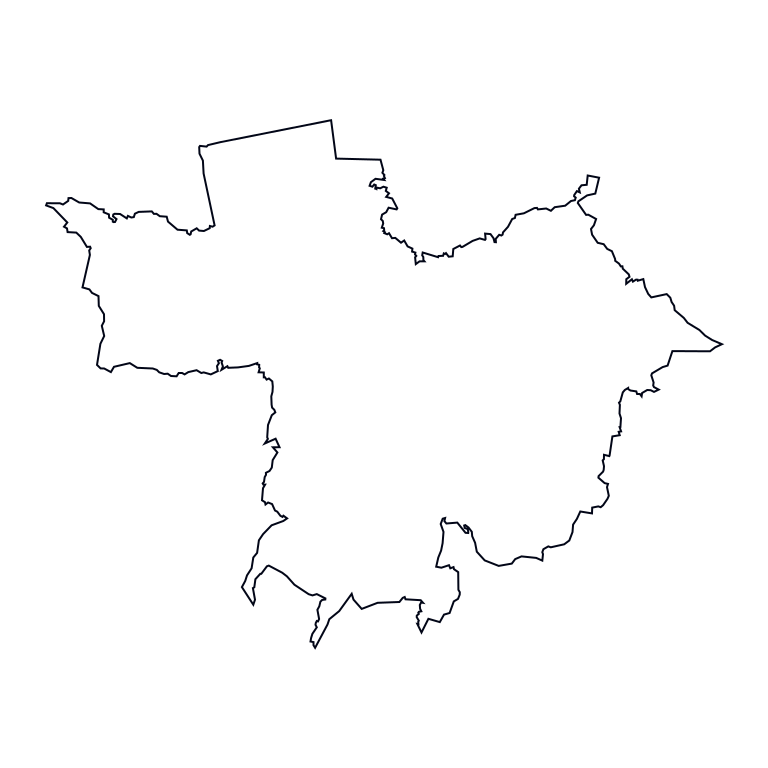 Beica De Jos, Mures, Romania
{"feature_id": "2599482B29333301667033", "entity_name": "Beica De Jos", "entity_type": "district", "adm_level": 2, "iso_a3": "ROU", "parent_name": "Romania", "parent_adm1": "Mures", "projection": "mercator", "projection_center": [24.821, 46.717], "detail": "fine", "context": "isolated", "style": "outline", "palette": "ink", "viewbox_px": 768, "rotation_deg": 0, "n_neighbors": 0, "source": "geoboundaries", "source_scale": "gbopen_adm2", "svg_char_len": 6099}
<svg xmlns="http://www.w3.org/2000/svg" viewBox="0 0 768 768"><path d="M417.3,623.9L421.5,632.5L428.4,618.8L439.8,622.1L444.0,614.6L449.6,613.0L453.8,601.4L458.0,598.9L459.7,594.7L459.8,592.2L458.4,589.8L458.2,572.1L454.0,569.2L453.5,567.1L450.3,568.3L449.0,565.2L441.4,567.7L436.2,566.7L438.3,557.5L441.1,550.6L442.6,543.2L443.5,531.9L440.7,524.0L442.7,518.7L445.1,518.0L444.4,521.1L446.4,523.5L457.3,522.6L465.5,532.8L468.2,533.0L468.3,532.0L467.7,529.1L464.7,527.9L464.2,525.5L465.3,525.1L468.5,527.5L471.8,531.8L472.2,536.2L475.1,542.8L476.8,551.7L484.7,560.4L498.7,565.9L511.8,563.6L515.2,559.1L521.5,556.4L536.2,557.9L542.3,560.6L543.0,554.1L542.3,552.2L543.4,549.2L548.3,546.4L550.8,547.3L564.2,544.3L569.3,540.5L572.5,532.1L573.1,524.6L576.9,518.9L580.3,511.5L592.0,513.4L592.2,507.6L598.3,506.4L600.7,507.2L603.1,505.2L607.5,498.8L608.8,495.8L607.0,487.1L608.0,483.9L604.6,483.1L598.4,477.7L598.6,476.1L603.1,471.6L603.7,469.8L604.0,466.2L602.7,460.4L603.9,459.2L604.0,454.8L609.3,456.1L609.6,455.4L612.4,436.4L619.7,435.2L618.7,431.8L621.1,431.4L619.6,427.1L620.4,427.0L621.0,418.2L619.5,413.5L619.9,404.8L619.0,402.7L620.3,401.4L622.8,392.4L624.8,390.0L628.1,388.0L628.1,389.0L630.4,390.5L636.3,391.4L637.1,394.0L639.9,394.0L641.6,396.3L642.1,393.0L647.2,390.0L650.7,390.2L654.0,391.9L658.7,389.6L654.0,387.1L653.2,385.5L653.6,382.5L651.3,375.3L652.0,373.4L662.6,367.1L667.6,365.6L672.4,351.1L710.0,351.3L715.1,347.4L721.9,344.2L712.1,340.0L705.1,335.6L699.4,330.0L687.6,322.8L683.8,317.9L674.7,310.2L674.1,305.7L671.6,302.0L670.3,297.7L666.7,294.1L651.3,297.4L648.2,293.9L645.0,287.1L643.3,279.1L637.8,280.7L637.6,279.7L636.1,279.6L632.9,281.6L631.9,279.3L626.2,283.8L626.3,279.2L629.5,276.8L628.8,274.4L622.8,268.7L622.4,266.3L620.8,266.4L619.0,263.6L615.2,260.8L615.1,259.0L611.9,251.2L607.2,248.9L603.7,244.2L597.7,242.8L592.1,234.7L591.0,229.0L593.9,225.3L596.1,219.0L588.3,214.7L586.1,214.9L577.8,203.0L578.4,201.3L587.1,195.4L595.3,193.6L599.1,177.7L587.7,175.5L586.7,184.8L581.5,185.3L578.9,188.7L579.8,192.4L576.9,191.1L574.2,195.1L574.1,196.3L575.7,197.6L574.9,200.2L571.0,201.0L565.2,205.7L554.7,207.2L550.9,210.8L546.2,208.5L537.9,209.4L537.0,207.9L534.4,208.1L523.9,213.3L515.6,214.8L514.9,218.0L512.2,219.0L508.0,226.8L503.0,232.4L502.6,234.6L501.4,235.5L499.2,234.8L495.7,238.9L495.9,242.2L494.5,242.1L493.5,238.2L490.5,234.1L485.1,233.6L485.6,239.1L485.0,239.9L479.7,238.4L472.6,240.9L462.5,246.9L461.3,247.1L460.0,245.5L453.3,249.0L452.7,256.3L448.7,256.7L446.0,253.1L445.1,254.0L443.8,253.4L443.1,255.8L438.5,256.0L438.1,257.2L422.7,252.5L422.2,255.3L423.3,257.0L423.4,260.1L424.4,261.3L419.6,261.3L415.8,264.1L415.1,257.3L416.3,255.9L415.0,254.4L415.4,252.6L412.1,251.6L412.4,248.6L407.6,246.4L404.2,240.5L401.0,242.7L395.3,237.9L392.0,238.2L389.0,233.2L387.2,234.3L384.3,233.1L384.9,232.2L383.3,231.1L384.2,230.3L384.0,228.2L381.8,227.7L383.2,223.5L382.8,221.0L381.0,219.2L382.1,214.6L386.2,212.2L388.6,207.7L396.6,209.4L397.3,208.3L392.2,198.5L386.2,196.9L389.0,193.3L385.8,190.9L386.7,187.7L383.4,186.7L380.2,188.3L376.7,187.6L376.5,188.8L375.7,188.1L375.1,189.5L375.8,185.2L374.2,184.5L372.4,186.7L369.6,185.8L370.9,182.2L375.5,178.8L384.3,180.0L383.3,178.6L384.9,178.1L383.9,175.9L384.4,175.0L382.4,172.8L383.3,170.2L380.5,159.7L336.1,158.6L331.1,120.2L220.6,142.1L208.0,145.1L206.6,146.6L200.0,145.9L199.2,147.1L199.5,153.7L202.9,160.6L203.6,173.5L214.6,225.4L212.6,226.7L209.9,226.0L209.7,228.2L203.9,231.0L199.1,230.6L196.7,228.3L191.2,231.5L190.6,234.3L189.8,234.8L187.2,233.1L186.8,230.4L177.5,229.7L168.0,221.6L166.7,216.7L159.8,216.2L156.5,213.8L153.9,213.9L151.8,211.4L138.7,211.9L134.9,213.7L133.8,217.1L131.3,217.5L127.9,215.9L126.8,218.4L120.1,214.0L114.6,213.8L113.3,214.5L113.0,216.3L116.5,219.1L115.0,222.0L113.5,222.1L112.8,221.7L112.8,219.8L109.1,217.7L108.9,214.4L103.7,212.3L103.7,209.4L98.3,209.1L90.1,203.4L79.2,202.5L71.4,198.0L68.5,198.1L68.2,200.9L63.0,204.5L60.0,203.3L46.9,203.2L46.1,205.4L53.4,208.1L67.3,222.5L64.0,226.7L67.0,228.4L67.6,232.1L76.3,232.6L80.8,236.9L86.9,246.9L90.1,246.7L90.7,248.2L89.2,250.5L89.9,254.9L82.5,287.4L89.4,289.4L92.0,292.9L98.5,296.1L98.8,305.9L104.0,314.2L104.1,321.3L101.8,325.8L104.2,336.0L100.4,343.8L97.0,364.9L100.6,368.4L104.2,368.5L110.9,372.1L114.0,366.8L129.8,363.1L137.3,367.8L152.8,368.5L156.8,369.9L159.2,372.3L164.1,374.0L167.7,373.7L171.0,376.0L176.6,376.3L178.7,373.0L182.1,373.0L184.6,374.4L188.3,372.1L196.6,370.2L201.3,373.0L203.7,372.4L210.8,374.4L217.8,371.1L217.0,366.1L218.9,363.2L217.9,360.8L220.1,359.8L222.2,361.0L221.6,362.6L222.9,366.4L221.5,369.8L227.4,366.2L228.2,367.8L238.0,367.4L248.9,365.9L257.2,363.1L257.1,364.3L259.2,364.8L259.1,367.4L259.8,368.3L258.6,372.3L263.8,372.5L263.8,377.3L264.9,377.2L266.6,379.6L268.9,378.5L272.3,381.4L272.8,386.5L272.5,391.9L271.3,396.3L271.6,404.7L272.1,407.6L274.3,409.8L275.3,412.4L271.8,415.2L268.0,425.0L267.2,437.3L267.9,438.9L264.8,443.5L275.6,438.7L279.5,447.2L272.9,447.3L277.4,452.5L272.7,460.1L271.8,467.6L269.5,471.0L265.9,472.8L266.0,474.8L264.7,477.1L264.0,481.9L262.7,483.4L263.4,484.6L265.1,484.6L263.0,488.2L262.0,500.3L265.0,502.2L265.5,504.5L268.1,502.5L272.1,504.1L275.0,510.5L277.3,511.7L280.4,515.8L282.5,516.9L283.4,515.7L287.1,518.4L283.3,521.0L271.6,525.3L263.1,534.1L258.9,540.3L257.1,552.9L253.3,557.5L251.6,568.3L247.0,575.4L245.2,581.0L241.9,587.1L253.3,604.7L255.0,599.7L252.9,588.1L254.3,587.3L255.4,579.2L260.3,573.8L261.3,573.8L266.9,566.3L268.8,565.6L282.2,572.7L286.9,576.3L294.4,584.7L308.7,594.2L312.5,595.4L316.8,594.1L325.4,598.4L325.3,599.5L322.2,599.9L320.4,601.7L319.3,606.3L317.4,609.8L319.1,619.0L318.0,621.4L316.8,621.0L315.8,622.9L315.5,624.8L316.8,627.3L312.4,633.8L311.1,638.0L310.5,641.5L313.5,642.1L313.5,645.2L315.1,647.8L327.5,624.5L329.3,619.2L339.2,611.1L351.7,593.8L353.5,599.6L361.7,608.9L377.6,602.8L399.4,602.0L402.7,597.9L404.7,597.0L405.5,599.3L420.7,600.2L423.0,602.8L421.1,602.5L419.8,605.0L420.1,608.8L421.3,611.3L418.9,611.8L418.3,612.7L418.8,613.9L416.8,615.6L416.7,617.1L418.8,620.7L418.2,621.8L418.4,624.1L417.3,623.9Z" fill="none" stroke="#020617" stroke-width="2"/></svg>